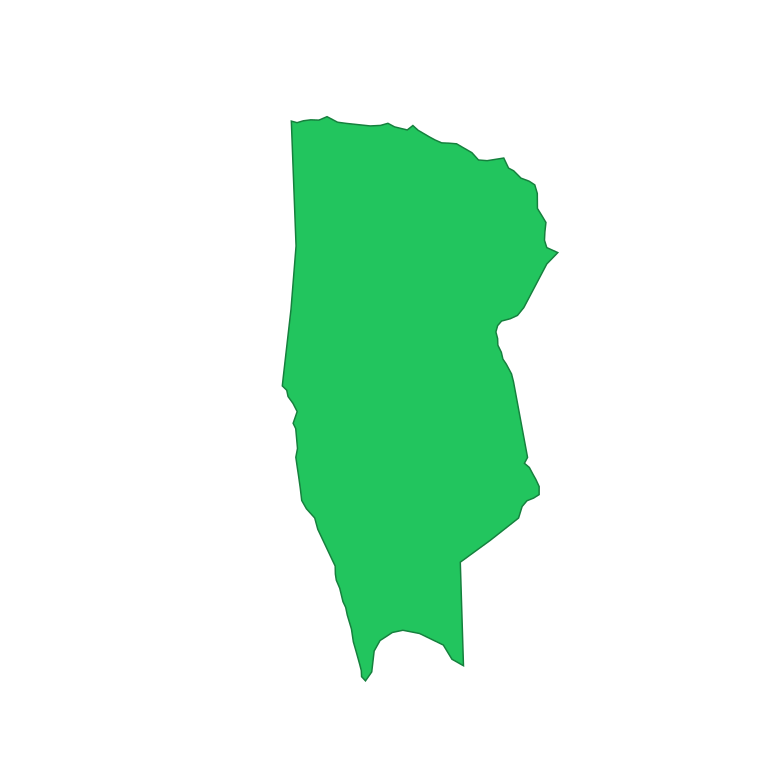 Congo, Paraíba, Brazil (Albers equal-area conic projection), rotated 35°
{"feature_id": "56859067B42769683705793", "entity_name": "Congo", "entity_type": "district", "adm_level": 2, "iso_a3": "BRA", "parent_name": "Brazil", "parent_adm1": "Paraíba", "projection": "albers", "projection_center": [-36.637, -7.809], "detail": "fine", "context": "isolated", "style": "filled", "palette": "green", "viewbox_px": 768, "rotation_deg": 35, "n_neighbors": 0, "source": "geoboundaries", "source_scale": "gbopen_adm2", "svg_char_len": 1526}
<svg xmlns="http://www.w3.org/2000/svg" viewBox="0 0 768 768"><g transform="rotate(35 384 384)"><path d="M533.5,636.6L539.1,637.8L539.1,626.9L529.1,608.4L527.9,596.4L533.4,582.7L540.7,574.9L546.3,572.4L556.2,568.0L582.3,563.8L597.5,570.5L610.7,569.2L548.7,486.2L560.8,450.8L571.1,416.6L567.4,405.1L568.1,397.6L572.0,391.6L574.5,385.6L569.9,379.0L563.0,375.0L557.8,372.5L550.9,369.0L544.5,368.4L543.7,361.8L488.8,307.9L482.7,302.6L472.8,297.6L467.1,295.4L461.9,290.7L455.0,286.9L451.0,281.6L445.8,277.2L443.6,271.0L444.2,265.0L450.0,258.1L454.0,251.2L454.7,241.2L448.5,192.3L451.0,176.7L439.1,178.9L433.0,174.2L428.6,167.2L424.0,158.8L417.1,155.7L409.0,152.2L405.0,146.6L400.3,140.0L393.3,134.4L386.6,134.6L378.1,136.8L368.0,135.0L362.2,135.7L352.5,130.2L340.4,141.9L332.9,146.3L323.4,144.1L311.9,145.1L305.7,145.6L299.2,149.4L292.9,153.4L285.9,154.8L279.0,155.6L266.3,156.6L259.4,155.7L257.3,162.6L245.2,167.3L237.7,168.2L232.8,174.2L224.7,180.5L203.9,192.0L195.8,196.2L184.0,197.7L179.3,205.2L172.5,209.6L167.0,214.6L162.9,219.8L157.3,221.8L232.8,321.4L265.0,376.2L298.0,437.0L301.8,443.9L307.9,444.9L312.6,449.3L320.6,452.1L328.7,456.4L332.1,468.3L337.3,471.2L350.1,486.4L353.8,494.6L360.0,501.2L367.4,509.0L375.3,517.5L383.4,526.6L392.0,530.7L404.1,533.5L413.1,541.0L422.4,546.3L429.6,550.4L438.5,555.5L448.4,561.1L453.2,567.6L457.5,572.1L464.9,576.7L475.2,585.8L480.8,589.0L486.4,594.3L497.9,603.4L506.8,612.8L514.6,619.1L524.8,627.5L529.8,631.8L533.5,636.6Z" fill="#22c55e" stroke="#15803d" stroke-width="1.5"/></g></svg>